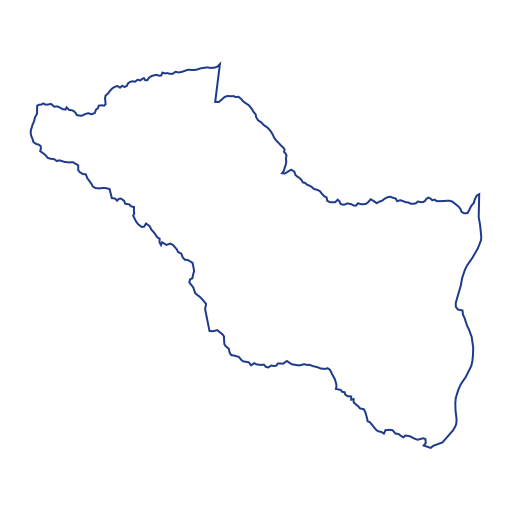 outline of Darcinópolis, Tocantins, Brazil
{"feature_id": "56859067B19460025923615", "entity_name": "Darcinópolis", "entity_type": "district", "adm_level": 2, "iso_a3": "BRA", "parent_name": "Brazil", "parent_adm1": "Tocantins", "projection": "natural_earth1", "projection_center": [-47.805, -6.773], "detail": "fine", "context": "isolated", "style": "outline", "palette": "blue", "viewbox_px": 512, "rotation_deg": 0, "n_neighbors": 0, "source": "geoboundaries", "source_scale": "gbopen_adm2", "svg_char_len": 5118}
<svg xmlns="http://www.w3.org/2000/svg" viewBox="0 0 512 512"><path d="M112.5,88.2L110.0,90.8L108.0,93.5L105.6,95.6L105.0,98.2L105.3,100.7L105.6,104.2L104.1,105.7L101.6,105.3L98.7,105.7L97.8,108.4L96.0,109.6L94.8,112.9L91.6,114.3L88.2,113.2L85.1,114.1L81.5,115.8L78.9,115.5L76.7,115.0L75.5,112.8L73.8,111.1L71.8,110.2L69.2,110.0L66.6,107.4L65.5,109.6L62.5,109.1L60.2,107.7L57.4,106.4L54.3,106.7L50.9,103.9L47.7,104.6L45.3,104.6L43.3,103.4L41.4,104.6L39.2,104.7L37.2,105.7L37.1,109.2L37.0,113.7L35.0,117.3L34.1,121.3L32.8,124.0L30.8,130.4L30.7,133.0L31.2,135.9L32.7,139.5L33.4,142.1L36.2,144.0L38.7,144.6L40.7,146.1L40.9,148.5L40.2,151.2L43.1,153.2L45.6,155.3L47.8,157.9L50.3,158.7L54.3,159.2L56.8,161.1L59.3,160.3L61.9,161.1L64.5,161.9L69.2,162.4L72.8,162.2L78.2,165.3L78.2,170.1L79.6,172.0L82.9,174.1L85.8,174.3L87.4,178.4L89.7,181.4L91.4,183.8L92.9,186.6L95.6,188.1L99.1,188.4L102.9,188.0L106.0,188.1L109.6,189.1L110.9,194.4L111.8,198.1L115.0,198.5L117.1,200.7L118.7,198.9L121.0,198.6L124.2,200.9L125.2,203.7L129.2,204.4L131.2,206.4L134.0,207.0L133.9,210.6L134.2,213.4L133.2,215.8L134.6,218.6L135.8,221.1L138.0,224.1L141.7,227.0L144.2,226.6L146.0,223.5L149.6,226.1L151.2,229.4L154.6,233.3L157.2,237.3L159.6,238.6L159.5,242.2L161.0,245.0L162.1,242.3L166.5,244.9L170.4,243.6L173.2,245.2L176.9,249.5L178.1,252.1L181.3,253.6L182.7,257.4L185.1,259.9L187.5,259.9L192.5,262.8L193.3,266.4L194.1,271.1L193.0,274.9L192.4,278.3L190.1,279.3L189.3,282.5L193.2,287.3L195.2,293.2L197.8,295.4L199.6,296.6L202.0,299.1L204.4,301.8L206.1,304.0L205.1,309.1L209.5,331.0L212.7,331.2L217.4,330.2L222.6,334.5L224.0,336.5L224.1,340.8L224.4,344.2L225.6,346.1L228.8,348.8L229.6,352.5L231.2,355.1L234.7,355.7L238.8,356.9L241.5,360.1L243.4,361.4L248.8,362.3L251.1,365.3L254.1,363.2L256.6,364.4L260.6,364.9L263.9,364.7L265.9,366.9L268.1,367.5L271.3,365.5L274.0,366.0L276.2,365.7L277.8,363.5L283.2,363.6L286.9,361.0L289.8,363.0L291.9,364.3L295.7,364.9L298.0,365.3L300.1,365.3L304.1,364.2L306.9,364.9L309.6,364.9L313.2,366.2L317.5,367.2L320.6,368.5L325.5,368.9L327.6,368.2L330.0,369.8L331.5,373.0L334.9,379.3L336.1,383.5L336.5,385.8L335.9,388.9L340.6,389.9L342.3,391.9L344.6,392.2L345.2,394.5L347.5,396.2L351.2,396.5L351.2,399.7L353.6,399.1L353.7,402.4L356.2,404.7L358.4,406.4L359.8,408.3L363.9,409.3L365.5,412.7L367.0,418.1L367.6,421.2L370.0,422.3L374.1,427.4L376.2,429.9L378.0,431.2L381.4,432.0L383.9,433.6L385.4,430.2L389.2,429.8L392.5,430.2L395.4,433.5L398.7,434.1L401.0,436.0L403.6,437.3L405.2,435.5L408.4,436.0L410.6,436.5L412.6,437.7L415.6,439.1L417.6,439.7L420.7,439.0L423.0,438.2L425.4,439.1L425.8,442.9L423.7,445.5L430.7,447.9L433.4,445.7L442.5,442.4L451.5,432.1L453.1,430.3L455.5,426.0L456.3,423.5L456.6,419.4L455.5,410.3L455.3,402.9L455.8,397.9L458.3,389.8L460.7,384.4L465.8,376.9L471.3,365.9L472.4,361.0L473.0,354.9L473.2,347.6L471.7,337.0L468.8,329.1L467.1,325.8L464.4,317.6L463.0,314.8L462.5,310.5L457.9,309.5L455.9,307.0L455.7,303.6L456.3,300.9L460.8,285.5L462.1,278.2L464.9,269.8L467.1,265.4L472.3,258.0L477.9,248.2L480.9,240.6L481.3,237.7L480.7,230.9L480.0,224.4L478.7,217.1L479.2,194.2L476.9,195.5L475.5,197.9L474.5,200.2L473.8,203.0L471.3,205.8L469.4,209.7L467.5,213.1L464.1,213.3L461.5,211.8L460.6,209.2L458.6,206.6L456.5,204.9L454.6,203.4L452.2,201.5L449.6,200.8L447.2,200.7L444.3,201.0L441.2,201.1L438.7,201.1L436.5,201.1L434.9,199.7L432.2,200.2L430.2,198.4L428.3,197.6L426.2,199.0L425.0,200.9L423.1,202.1L420.6,202.1L417.9,201.5L415.7,203.4L412.8,203.8L410.4,203.6L408.4,202.5L405.7,202.2L403.2,201.2L400.3,200.2L397.2,201.2L395.7,198.5L393.0,197.8L390.3,196.7L387.4,197.3L384.2,199.0L382.0,200.8L379.4,201.6L376.7,203.2L373.5,200.9L370.6,199.3L368.4,202.0L366.1,203.8L363.3,204.3L361.0,204.2L357.8,203.3L356.1,205.6L353.6,205.5L351.1,204.1L347.4,203.4L344.9,204.5L342.7,204.7L340.5,203.8L339.5,201.4L337.7,199.7L335.2,202.2L332.3,202.3L330.1,202.2L327.3,200.9L326.5,197.3L324.2,196.3L321.7,193.5L319.8,191.1L317.5,189.9L314.1,189.1L311.5,186.8L309.3,185.6L306.9,184.6L305.0,182.8L302.9,182.5L301.4,179.8L299.4,178.0L296.9,176.3L295.3,174.7L294.4,171.7L291.2,169.7L288.5,171.2L286.5,172.6L284.6,173.6L282.1,173.2L283.9,170.7L284.6,167.9L285.8,164.5L286.3,161.8L285.9,158.8L286.5,155.6L285.6,153.5L284.0,151.8L284.6,149.5L283.2,147.6L280.5,145.0L278.5,142.8L276.2,140.5L274.0,137.4L272.7,134.5L270.8,131.4L268.8,129.0L266.9,127.1L264.9,126.0L263.2,124.5L261.2,122.3L258.3,120.5L256.2,117.3L255.6,114.3L253.6,112.0L251.9,109.1L250.5,107.3L248.8,105.2L245.8,103.3L243.0,101.2L241.1,98.9L238.5,96.8L235.6,97.1L233.6,96.1L230.7,96.2L227.3,96.0L224.6,97.0L221.8,99.5L218.8,102.0L215.2,101.9L219.9,64.1L217.6,66.5L214.4,67.7L210.5,67.9L207.3,67.4L204.2,67.8L200.7,68.3L197.5,69.4L194.1,70.0L191.4,70.0L189.0,69.7L186.4,70.2L184.2,71.1L181.6,71.9L178.9,72.5L175.5,71.8L172.6,73.8L169.6,73.8L167.5,73.1L165.1,73.4L162.4,72.6L161.2,75.5L158.9,75.7L156.6,74.8L154.3,75.3L151.9,75.9L149.1,77.6L147.4,80.1L145.3,80.3L143.9,78.1L142.0,79.0L140.4,80.4L137.7,79.7L135.0,81.7L132.6,81.3L130.3,81.8L128.1,83.2L126.8,85.9L124.5,87.0L122.1,85.8L120.0,87.7L117.5,86.0L115.1,86.7L112.5,88.2Z" fill="none" stroke="#1e3a8a" stroke-width="2"/></svg>